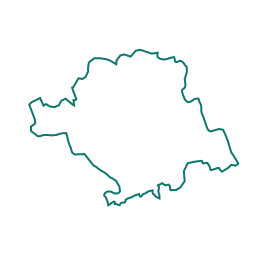 Qutur, Al Gharbiyah, Egypt (Robinson projection), rotated 341°
{"feature_id": "37247803B52105005453844", "entity_name": "Qutur", "entity_type": "district", "adm_level": 2, "iso_a3": "EGY", "parent_name": "Egypt", "parent_adm1": "Al Gharbiyah", "projection": "robinson", "projection_center": [30.964, 30.971], "detail": "fine", "context": "isolated", "style": "outline", "palette": "teal", "viewbox_px": 256, "rotation_deg": 341, "n_neighbors": 0, "source": "geoboundaries", "source_scale": "gbopen_adm2", "svg_char_len": 4025}
<svg xmlns="http://www.w3.org/2000/svg" viewBox="0 0 256 256"><g transform="rotate(341 128 128)"><path d="M90.8,195.5L91.8,196.0L92.9,196.7L93.6,197.3L94.9,198.2L96.2,197.3L97.0,196.7L98.8,196.7L100.3,197.4L101.3,197.0L101.8,196.3L102.3,195.2L103.6,194.7L104.8,194.6L105.3,194.5L108.3,194.7L113.1,193.9L117.0,194.1L116.8,195.4L117.0,196.1L117.4,197.0L118.1,196.9L118.7,196.8L119.4,196.3L120.3,195.7L120.8,195.5L121.3,195.4L122.9,195.4L123.5,195.5L124.6,195.0L125.7,194.8L127.4,194.6L130.9,195.0L130.2,197.0L130.4,198.8L130.9,199.2L131.3,200.1L131.5,201.0L131.7,201.6L134.8,204.9L136.1,200.8L135.9,199.2L136.1,197.9L136.5,196.8L137.0,196.2L137.2,195.9L138.1,193.7L137.6,192.4L137.6,192.0L138.7,191.8L140.7,191.6L142.3,191.3L142.7,191.8L144.1,193.8L145.0,194.4L147.8,194.7L148.7,196.6L148.0,199.7L148.0,200.6L149.2,201.0L153.7,202.4L154.5,201.9L155.4,201.7L156.3,201.7L157.8,201.5L158.5,201.0L161.6,198.7L164.3,196.7L165.0,193.8L165.5,191.9L165.8,190.8L166.3,188.6L166.7,187.1L167.6,186.2L173.0,180.7L178.0,181.3L180.2,181.6L186.9,183.0L187.3,183.4L187.3,183.9L187.1,185.4L187.5,186.0L189.9,186.3L190.6,186.5L191.7,186.9L192.5,190.2L192.5,191.5L192.5,194.6L192.9,194.8L193.8,194.9L196.6,195.1L198.4,195.1L199.7,194.9L201.2,195.7L201.2,197.1L202.7,199.9L203.7,199.7L210.1,198.2L213.5,196.5L216.6,198.0L217.2,198.7L218.2,198.4L220.3,197.8L220.6,197.6L220.5,196.3L218.6,187.7L217.7,184.8L218.2,171.7L218.0,169.7L218.0,167.5L217.4,161.3L217.3,160.7L214.7,159.0L213.0,158.5L211.3,158.5L209.5,158.3L205.8,158.3L205.3,158.0L204.3,157.6L203.2,156.1L202.8,153.4L202.8,153.0L202.8,152.3L202.8,149.3L202.8,147.5L202.9,142.5L202.7,140.8L202.6,139.4L202.6,136.8L204.4,131.1L204.4,128.4L204.0,127.1L204.2,123.2L201.4,122.3L199.4,122.5L198.3,122.9L197.3,123.1L196.4,123.4L194.2,123.3L192.9,123.1L191.2,120.0L191.0,119.2L191.0,117.4L190.8,115.9L190.8,114.3L190.8,112.4L190.9,111.5L191.0,110.6L191.4,110.0L192.1,109.3L193.2,109.1L194.0,108.7L194.9,108.2L196.4,106.0L197.3,101.6L197.3,100.8L199.3,97.8L202.0,94.0L203.4,89.4L202.4,87.4L202.1,86.1L202.0,85.6L201.5,84.1L200.6,82.6L199.8,81.7L198.7,81.3L196.7,81.5L195.4,81.5L194.1,80.4L194.3,79.7L194.4,79.3L194.6,78.4L194.6,76.0L193.9,75.8L190.7,75.5L187.6,75.5L185.2,75.1L183.5,74.6L181.5,73.5L180.5,72.6L179.1,70.4L179.6,68.4L179.8,67.6L180.5,66.5L177.7,66.0L174.5,65.4L174.2,65.1L168.5,60.7L165.1,58.1L160.7,57.4L153.8,61.3L148.0,57.1L144.5,56.9L139.2,60.4L137.6,63.9L137.3,63.5L135.0,60.7L133.6,59.1L132.9,58.4L130.7,56.4L124.4,53.0L124.2,52.9L119.1,51.2L118.7,51.1L116.9,51.7L113.4,52.9L112.2,53.6L110.6,56.6L109.9,58.0L109.4,59.5L108.8,61.5L106.7,63.6L104.6,65.9L104.3,65.9L100.9,66.8L97.4,64.9L92.1,69.4L89.6,71.5L89.3,71.6L88.3,71.6L88.3,73.9L88.2,76.3L88.3,77.0L88.4,78.7L88.4,79.2L88.5,84.0L87.0,84.5L85.6,83.9L84.3,89.0L83.2,87.7L79.7,81.9L78.6,80.0L74.0,80.4L72.1,82.1L70.7,83.4L70.0,84.0L69.3,84.1L66.2,84.2L65.1,84.3L61.1,82.2L58.2,78.6L57.1,78.9L55.4,79.3L54.6,71.0L52.8,71.3L49.4,71.8L48.2,71.9L46.1,72.1L44.1,72.7L42.2,73.9L42.3,76.9L42.5,82.3L42.7,89.2L42.7,89.6L42.8,89.9L41.7,93.5L36.8,95.0L35.6,98.3L35.4,99.1L36.0,100.3L36.9,101.8L38.0,103.1L39.5,105.7L40.1,106.4L42.1,107.1L44.7,107.1L46.4,107.3L50.1,108.6L52.3,109.7L54.4,110.4L56.0,110.8L58.4,111.3L59.7,111.3L61.6,111.3L63.1,111.5L65.5,111.9L66.4,112.3L67.9,112.8L67.7,114.1L67.9,115.7L67.5,117.6L67.2,121.8L67.2,123.6L67.2,125.3L67.4,126.8L67.4,127.7L67.4,128.6L67.2,131.0L67.2,132.3L67.4,133.4L68.9,135.6L70.9,136.3L72.6,136.7L74.6,137.4L76.5,138.1L78.3,138.3L78.9,140.0L83.0,151.7L84.0,153.1L84.8,153.9L88.0,158.7L88.4,159.4L90.8,161.8L92.8,164.7L93.6,166.2L95.1,169.0L95.5,169.4L97.1,170.8L98.2,172.6L99.3,173.7L99.7,174.5L99.9,176.5L100.8,180.5L100.5,182.0L100.3,183.1L100.2,183.6L99.7,185.5L97.7,186.4L96.8,186.4L93.6,185.3L92.3,183.9L91.4,182.8L88.6,181.5L86.7,181.5L86.2,181.7L84.9,182.2L83.4,184.1L84.3,185.9L84.5,187.2L84.7,189.2L84.7,189.9L84.7,190.9L84.5,192.0L84.2,194.7L86.2,194.2L87.3,193.6L89.9,193.2L90.3,192.9L91.4,193.6L91.0,195.3L90.8,195.5Z" fill="none" stroke="#0f766e" stroke-width="2"/></g></svg>